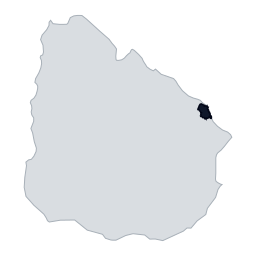 location of Centurión, Cerro Largo, Uruguay
{"feature_id": "84410073B80643779971885", "entity_name": "Centurión", "entity_type": "district", "adm_level": 2, "iso_a3": "URY", "parent_name": "Uruguay", "parent_adm1": "Cerro Largo", "projection": "orthographic", "projection_center": [-53.755, -32.187], "detail": "fine", "context": "in_parent", "style": "filled", "palette": "ink", "viewbox_px": 256, "rotation_deg": 0, "n_neighbors": 0, "source": "geoboundaries", "source_scale": "gbopen_adm2", "svg_char_len": 4505}
<svg xmlns="http://www.w3.org/2000/svg" viewBox="0 0 256 256"><path d="M222.0,184.5L220.1,186.3L218.0,189.5L215.6,197.4L207.4,208.3L205.8,214.5L197.1,220.9L191.0,228.1L187.0,228.0L183.4,231.1L162.8,240.6L155.3,239.0L149.8,239.1L144.7,235.0L133.0,233.7L125.7,235.5L115.9,240.2L113.0,240.2L110.9,240.0L105.5,238.3L102.5,234.3L87.2,230.1L74.7,220.0L60.3,220.2L49.3,222.0L47.5,220.7L46.3,218.0L43.9,214.2L33.9,205.3L26.0,196.4L24.2,187.4L24.8,177.5L26.5,165.7L25.9,162.1L28.6,159.9L31.4,159.3L33.9,156.2L36.1,151.5L36.4,148.1L34.3,141.7L32.6,132.8L30.9,128.5L33.7,121.3L33.7,117.9L31.8,114.9L31.2,111.9L31.9,108.7L31.6,105.6L30.3,102.7L31.1,100.3L33.9,98.2L35.9,95.2L37.1,91.2L37.7,88.2L37.7,86.1L36.7,84.1L34.9,82.4L35.6,78.6L38.8,73.0L40.8,68.0L41.6,63.7L41.4,60.3L40.2,57.7L40.6,55.9L42.7,54.9L43.5,52.1L43.0,45.2L40.6,39.6L42.1,35.1L46.7,29.7L49.0,25.4L49.1,22.2L50.6,20.3L53.0,23.7L59.8,24.4L66.7,24.3L67.8,23.4L70.3,17.6L73.8,15.9L77.7,15.4L81.9,15.5L86.5,19.1L99.6,31.0L109.1,39.3L112.0,43.3L114.6,46.2L116.5,49.0L115.8,56.2L116.0,59.4L116.5,60.3L118.6,60.4L121.7,59.8L124.3,58.2L126.4,55.8L128.4,53.9L130.0,52.8L130.6,51.3L131.5,49.7L132.4,49.3L134.3,50.4L138.7,54.5L142.1,58.3L143.0,60.5L144.3,62.8L145.7,64.8L146.7,66.7L150.0,69.2L153.3,70.8L155.5,69.1L161.2,74.3L173.6,78.6L175.9,81.2L178.1,85.0L182.4,90.7L188.4,95.9L193.2,98.0L197.8,99.3L200.4,100.4L202.1,102.4L204.9,104.5L206.7,105.3L207.3,107.2L209.1,111.4L211.0,116.7L213.1,121.6L217.5,126.3L222.5,130.0L227.7,132.1L230.6,134.7L231.8,137.3L228.3,141.3L224.5,146.2L221.1,150.1L217.7,152.9L216.5,154.8L215.8,157.7L215.8,173.1L215.5,178.9L215.7,180.4L216.2,181.5L218.4,183.0L220.9,184.3L222.0,184.5Z" fill="#d9dde1" stroke="#a8b0b8" stroke-width="1"/><path d="M211.3,118.2L211.4,117.9L211.2,117.8L211.0,117.7L210.9,117.7L210.9,117.3L211.0,117.3L211.3,117.2L211.4,116.8L211.4,116.7L211.2,116.5L211.0,116.4L210.9,116.3L210.9,116.2L210.9,115.9L210.9,115.7L210.7,115.6L210.5,115.4L210.4,115.3L210.3,115.2L210.2,115.0L210.2,114.9L210.0,114.6L210.0,114.4L210.0,114.2L210.1,113.9L210.1,113.7L210.0,113.4L209.9,113.2L209.7,113.0L209.7,112.9L209.5,112.7L209.4,112.7L209.5,112.4L209.4,112.3L209.4,112.2L209.2,112.2L209.1,112.3L208.9,112.3L208.7,112.0L208.7,111.9L208.8,111.8L209.0,111.7L208.9,111.4L208.9,111.5L208.7,111.5L208.6,111.4L208.6,111.2L208.6,110.9L208.4,110.9L208.2,110.8L208.2,110.7L208.3,110.5L208.4,110.4L208.4,110.2L208.5,110.1L208.5,109.9L208.4,109.8L208.2,109.7L208.1,109.8L207.9,109.8L207.8,109.7L208.0,109.6L208.1,109.3L208.1,109.2L207.9,108.9L207.7,108.7L207.6,108.3L207.4,108.2L207.5,107.9L207.7,107.6L207.6,107.4L207.8,107.5L208.0,107.5L208.1,107.4L208.2,107.2L207.9,107.1L207.7,107.0L207.4,107.0L207.3,106.9L207.3,106.7L207.3,106.4L207.2,106.3L206.9,106.3L206.9,106.2L206.8,106.3L206.7,106.3L206.4,106.3L206.4,106.2L206.2,106.1L206.0,105.9L205.9,105.9L205.9,106.0L205.7,106.0L205.5,105.9L205.4,105.9L205.2,105.9L205.1,106.0L204.9,105.9L204.8,105.7L204.7,105.7L204.6,105.4L204.4,105.4L204.3,105.5L204.3,105.4L204.2,105.4L204.2,105.5L204.1,105.4L203.9,105.3L203.8,105.2L203.7,105.0L203.4,104.9L203.0,104.9L202.5,104.5L202.4,104.5L202.0,104.4L201.7,104.0L201.0,103.9L200.8,104.0L200.7,104.2L200.5,104.3L200.4,104.4L200.0,104.4L199.8,104.9L199.3,105.5L199.3,105.8L199.1,106.2L198.7,107.2L198.7,107.5L198.4,108.0L198.1,108.3L198.2,108.8L198.0,109.1L197.9,109.4L197.9,109.5L198.1,109.5L198.3,109.4L198.5,109.4L198.8,109.4L198.9,109.5L199.1,109.9L199.1,110.1L199.2,110.4L200.5,111.7L200.6,112.2L200.7,112.5L200.9,112.9L201.0,113.0L201.1,112.9L201.3,112.8L201.5,112.7L201.6,112.8L201.2,113.3L200.8,113.9L200.8,114.6L200.9,114.8L201.0,114.8L201.0,115.0L200.9,115.2L200.9,115.3L200.9,115.5L201.0,115.6L200.9,115.8L200.8,116.0L200.8,116.3L200.7,116.3L200.8,116.5L201.0,116.6L201.6,116.6L201.9,116.7L202.5,117.2L202.6,117.4L202.7,117.6L202.8,117.7L203.0,117.7L203.3,117.7L203.5,117.7L203.8,117.6L204.0,117.7L204.3,117.6L204.4,117.8L204.4,118.0L204.6,118.2L204.7,118.3L204.7,118.5L204.8,118.8L205.0,118.9L205.3,118.8L205.5,118.8L205.9,118.9L206.0,119.0L206.0,118.9L206.1,118.6L206.0,118.4L205.9,118.2L206.0,118.0L206.2,117.9L206.4,117.9L206.5,118.0L206.9,118.2L207.1,118.4L207.3,118.4L207.5,118.1L207.7,117.9L207.9,117.9L208.1,117.9L208.2,118.0L208.3,118.0L208.8,117.5L209.0,117.2L209.1,116.7L209.3,116.5L209.5,116.7L209.5,116.8L209.8,116.9L209.8,117.0L209.7,117.2L209.7,117.3L209.9,117.6L210.1,117.6L210.2,118.0L210.3,118.1L210.5,118.3L210.7,118.2L210.8,118.0L211.0,118.0L211.3,118.2Z" fill="#0f172a" stroke="#020617" stroke-width="1.5"/></svg>